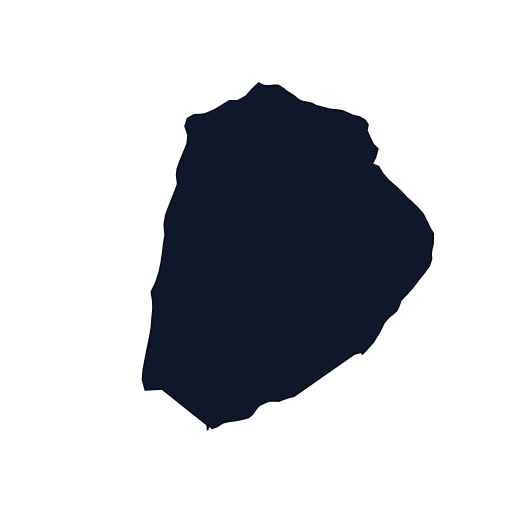 Bonchari, Nyanza, Kenya, rotated 224°
{"feature_id": "3690345B50760924854388", "entity_name": "Bonchari", "entity_type": "district", "adm_level": 2, "iso_a3": "KEN", "parent_name": "Kenya", "parent_adm1": "Nyanza", "projection": "natural_earth1", "projection_center": [34.697, -0.659], "detail": "fine", "context": "isolated", "style": "filled", "palette": "ink", "viewbox_px": 512, "rotation_deg": 224, "n_neighbors": 0, "source": "geoboundaries", "source_scale": "gbopen_adm2", "svg_char_len": 1906}
<svg xmlns="http://www.w3.org/2000/svg" viewBox="0 0 512 512"><g transform="rotate(224 256 256)"><path d="M374.3,382.3L374.7,373.0L374.2,364.3L377.0,354.9L383.0,349.1L384.7,342.8L385.3,340.1L386.5,335.2L388.0,330.8L389.6,326.9L391.4,322.9L393.3,320.2L397.8,315.5L399.2,313.2L400.8,307.1L397.2,300.0L388.9,295.8L383.4,288.7L380.8,282.1L378.3,275.8L377.0,272.5L375.7,269.5L373.0,263.7L368.9,258.5L362.3,253.3L359.2,246.1L356.6,239.8L353.3,231.8L349.5,223.0L345.4,217.0L343.9,215.0L340.6,211.9L336.1,208.1L331.6,201.6L326.4,194.7L320.0,185.9L317.3,181.6L314.8,177.7L313.7,175.7L309.6,167.2L306.5,157.6L303.6,155.3L300.3,152.9L298.5,151.4L293.9,146.9L287.5,138.9L281.8,132.1L276.5,124.4L272.5,118.1L270.8,115.3L268.0,110.9L264.4,105.4L258.3,96.1L252.1,88.4L242.6,82.6L231.2,95.0L173.7,100.5L169.9,97.0L172.0,101.9L168.0,101.3L165.6,106.0L164.0,112.8L160.9,117.8L158.7,120.5L157.4,122.0L153.5,127.4L151.5,130.6L149.0,135.1L148.6,140.0L149.7,147.0L149.9,150.1L149.1,153.0L146.2,160.2L142.5,164.1L138.7,167.5L136.0,173.3L134.4,176.4L131.3,181.3L117.2,253.5L113.6,259.8L111.2,259.5L111.7,275.5L114.3,287.3L117.4,296.7L117.9,304.6L117.0,310.7L116.9,314.5L117.8,317.8L121.0,325.0L121.0,334.6L121.4,342.8L122.6,352.7L123.3,360.8L124.4,369.3L127.7,375.9L131.1,378.9L133.8,382.3L136.6,387.1L137.8,388.7L144.0,395.3L150.9,397.2L157.3,399.7L164.7,402.2L172.5,403.0L182.5,403.0L188.7,402.7L197.4,403.3L204.8,403.0L213.4,402.5L221.6,403.3L230.0,405.5L236.4,402.9L238.5,409.9L242.8,417.8L249.2,417.8L256.6,420.6L263.4,423.3L266.6,428.3L272.0,429.4L278.0,428.0L284.1,424.4L289.6,422.5L294.7,420.4L299.2,417.3L303.2,414.1L304.8,412.9L307.0,411.6L313.1,408.2L317.6,405.7L319.8,405.2L321.7,404.6L325.8,402.3L329.2,399.8L333.8,398.0L339.7,397.6L341.9,397.2L343.8,396.8L349.0,395.7L352.7,395.5L358.5,394.2L361.3,391.7L364.7,387.7L366.5,385.9L369.0,384.0L374.3,382.3Z" fill="#0f172a" stroke="#020617" stroke-width="1.5"/></g></svg>